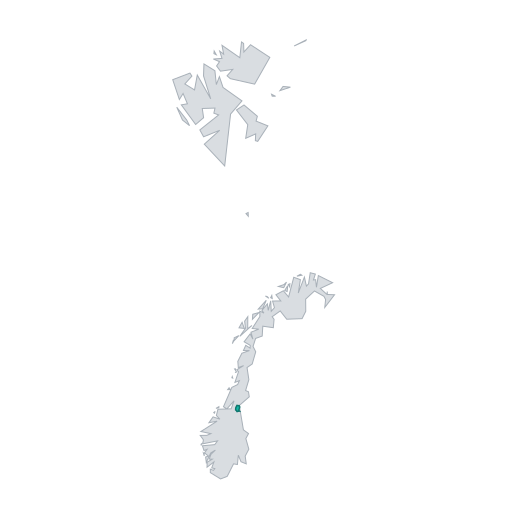 Meråker nor, Nord-Trøndelag, Norway shown in context, rotated 350°
{"feature_id": "86288312B15566061957795", "entity_name": "Meråker nor", "entity_type": "district", "adm_level": 2, "iso_a3": "NOR", "parent_name": "Norway", "parent_adm1": "Nord-Trøndelag", "projection": "mercator", "projection_center": [11.797, 63.407], "detail": "fine", "context": "in_parent", "style": "filled", "palette": "teal", "viewbox_px": 512, "rotation_deg": 350, "n_neighbors": 0, "source": "geoboundaries", "source_scale": "gbopen_adm2", "svg_char_len": 4387}
<svg xmlns="http://www.w3.org/2000/svg" viewBox="0 0 512 512"><g transform="rotate(350 256 256)"><path d="M270.3,314.3L261.4,318.6L262.8,321.5L260.6,329.6L250.5,326.3L248.2,335.9L241.3,337.1L237.4,344.5L239.1,350.3L233.5,361.7L227.8,364.3L227.5,376.5L222.4,386.7L225.0,388.4L224.9,393.5L213.6,400.3L213.4,425.0L217.8,429.6L214.3,434.0L215.4,445.0L210.6,451.2L210.3,459.0L205.5,456.0L204.0,449.1L201.5,458.1L197.8,456.8L189.4,468.0L182.4,469.4L173.4,461.4L174.0,458.0L176.9,459.7L178.5,458.2L175.6,457.0L178.8,451.5L171.1,455.5L172.1,450.6L177.6,448.5L174.7,447.9L177.2,443.5L182.3,440.1L177.2,442.1L171.2,450.6L171.5,445.2L174.4,444.8L171.1,440.9L174.2,437.9L171.0,438.5L170.3,433.6L182.6,434.6L186.0,431.4L170.9,431.7L172.3,427.9L169.9,423.0L176.4,424.1L180.7,423.1L171.2,419.3L189.0,411.9L180.7,412.0L185.8,407.0L192.1,410.4L189.3,406.2L191.9,400.3L205.0,402.2L209.2,394.8L200.8,401.5L197.8,398.8L209.4,381.2L215.6,379.4L218.0,375.9L213.3,376.8L218.7,366.9L217.2,364.8L224.8,361.8L219.2,362.8L219.8,356.6L225.2,349.3L233.1,348.0L227.2,346.9L230.4,342.2L234.2,345.7L234.8,343.0L229.4,338.4L236.7,331.7L238.5,337.3L237.8,330.2L246.0,328.5L239.7,326.7L249.3,316.3L250.2,310.9L253.9,313.6L252.4,310.6L258.9,305.1L258.6,311.7L262.7,302.7L261.4,313.1L265.2,310.1L264.5,303.2L272.6,304.6L268.9,297.6L276.9,295.0L281.0,302.0L289.5,283.5L295.6,287.0L291.2,299.8L300.0,285.2L300.4,294.4L302.9,292.6L306.5,281.9L311.3,284.1L308.4,289.6L310.6,289.7L310.1,297.3L314.0,286.1L326.8,295.6L313.7,299.1L319.2,306.2L326.6,307.8L314.8,318.6L317.0,310.9L315.9,307.5L307.5,300.6L297.4,307.1L295.4,319.1L290.5,325.7L275.3,323.6L270.3,314.3ZM238.1,57.8L247.7,66.4L246.7,80.3L251.1,73.0L252.8,84.3L269.1,100.8L255.6,111.8L240.8,161.9L224.5,136.9L242.1,125.9L225.1,129.5L222.6,122.1L243.7,110.6L239.3,108.0L241.3,103.2L228.7,101.4L228.4,110.7L219.4,116.0L208.7,94.2L214.9,94.2L212.4,83.3L207.7,88.6L204.6,67.9L222.7,64.4L224.1,67.7L215.8,74.2L224.3,81.8L229.6,67.6L238.7,93.4L235.6,69.5L238.1,57.8ZM259.1,42.6L274.5,57.9L278.9,42.7L280.7,44.5L279.5,53.0L287.3,47.0L304.1,62.8L284.5,86.5L261.5,76.9L258.8,73.5L265.5,68.2L253.1,67.8L250.2,62.0L253.8,58.3L248.2,54.6L256.8,55.5L255.8,47.9L259.2,51.6L259.1,42.6ZM270.4,105.2L281.6,118.6L279.5,123.2L290.3,129.9L277.6,143.4L275.4,142.3L276.9,135.7L266.3,138.3L270.7,125.2L262.1,108.8L270.4,105.2ZM235.2,326.2L239.9,323.7L226.1,332.3L233.1,325.3L233.5,318.2L237.4,314.3L235.2,326.2ZM242.7,312.8L249.1,312.2L241.5,317.7L242.7,312.8ZM249.0,308.7L258.4,301.4L253.4,309.1L249.0,308.7ZM203.8,95.7L211.4,110.1L213.2,116.1L207.2,109.3L203.8,95.7ZM230.8,318.9L231.9,325.3L226.8,323.8L230.8,318.9ZM281.5,287.0L277.8,292.0L272.8,289.9L278.6,289.0L281.5,287.0ZM282.1,290.7L280.5,296.4L278.3,294.9L282.1,290.7ZM220.3,332.8L225.3,331.4L219.9,335.5L220.3,332.8ZM342.5,52.6L330.0,55.8L342.9,51.9L342.5,52.6ZM312.1,93.7L319.2,95.7L308.3,97.3L312.1,93.7ZM292.8,283.0L296.6,281.7L297.8,282.9L292.8,283.0ZM284.6,289.2L283.8,292.3L282.8,289.6L284.6,289.2ZM264.7,297.6L264.6,300.7L263.2,299.6L264.7,297.6ZM255.8,211.8L255.3,215.5L253.5,212.5L255.8,211.8ZM303.0,102.1L299.7,101.4L299.4,99.4L303.0,102.1ZM206.6,381.1L207.5,383.1L204.9,382.7L206.6,381.1ZM258.3,297.0L260.2,298.1L261.3,299.9L258.3,297.0ZM250.4,46.9L251.8,50.9L249.7,49.4L250.4,46.9ZM193.1,398.9L190.1,399.1L193.3,397.9L193.1,398.9ZM188.8,402.0L187.7,403.6L187.2,402.8L188.8,402.0ZM219.1,336.1L217.5,338.2L219.3,334.6L219.1,336.1ZM170.6,441.6L170.3,443.9L170.0,440.8L170.6,441.6ZM216.0,365.2L215.3,363.5L216.2,363.6L216.0,365.2ZM320.0,303.4L319.6,305.8L319.5,305.4L320.0,303.4ZM216.8,366.8L215.1,367.2L217.2,366.4L216.8,366.8ZM211.7,370.6L211.9,372.2L211.1,371.7L211.7,370.6ZM169.8,431.5L169.1,433.0L169.2,431.8L169.8,431.5Z" fill="#d9dde1" stroke="#a8b0b8" stroke-width="1"/><path d="M212.8,405.9L212.6,405.5L212.5,405.1L212.3,404.7L212.6,404.3L212.7,404.1L212.9,403.8L213.0,403.6L213.1,403.4L213.3,402.8L213.5,402.4L213.6,402.2L213.8,401.9L213.7,401.4L213.6,401.2L213.5,400.6L213.4,400.4L212.7,400.3L212.4,400.3L211.9,400.1L211.4,399.8L210.9,400.3L210.7,400.6L210.6,400.8L210.3,401.1L210.1,401.5L209.8,401.9L209.7,402.0L209.6,402.3L209.5,402.8L209.4,403.2L209.4,403.4L209.2,404.0L209.8,404.8L210.3,405.9L210.5,405.9L210.8,405.9L211.0,405.9L211.3,405.8L211.5,405.8L211.8,405.8L212.0,405.8L212.1,405.7L212.1,405.8L212.3,405.8L212.5,405.8L212.8,405.9L212.8,405.9Z" fill="#14b8a6" stroke="#0f766e" stroke-width="1.5"/></g></svg>